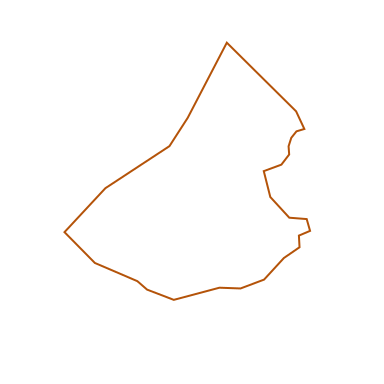 outline of Daejeon, rotated 60°
{"feature_id": "KOR-2503", "entity_name": "Daejeon", "entity_type": "Metropolitan City", "adm_level": 1, "iso_a3": "KOR", "parent_name": "South Korea", "parent_adm1": "", "projection": "natural_earth1", "projection_center": [127.381, 36.357], "detail": "fine", "context": "isolated", "style": "outline", "palette": "amber", "viewbox_px": 384, "rotation_deg": 60, "n_neighbors": 0, "source": "natural_earth", "source_scale": "10m", "svg_char_len": 504}
<svg xmlns="http://www.w3.org/2000/svg" viewBox="0 0 384 384"><g transform="rotate(60 192 192)"><path d="M163.0,322.5L145.4,265.1L141.0,188.6L125.6,158.6L80.1,87.2L119.0,76.6L174.2,61.5L193.6,63.2L191.7,71.2L194.7,78.9L200.7,85.5L208.1,89.1L213.0,100.9L209.8,119.4L235.5,126.7L262.9,120.6L272.8,106.2L284.7,109.2L283.2,121.2L293.6,126.5L295.1,145.4L303.9,173.4L299.8,198.2L288.6,216.1L276.3,261.7L254.1,279.7L241.9,283.9L204.9,311.6L163.0,322.5Z" fill="none" stroke="#b45309" stroke-width="2"/></g></svg>